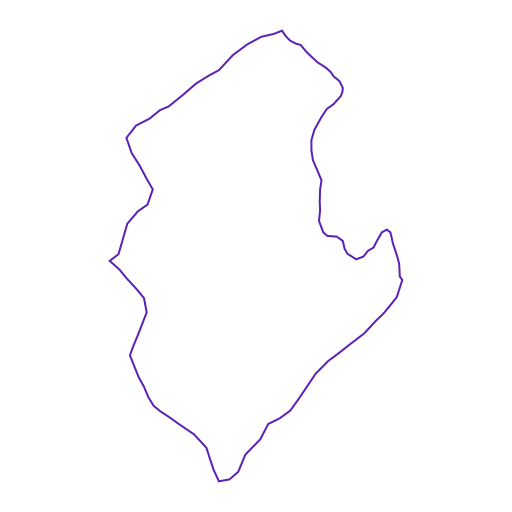 Galinoporni, Cyprus (Equal Earth projection)
{"feature_id": "46923920B55142884438741", "entity_name": "Galinoporni", "entity_type": "district", "adm_level": 2, "iso_a3": "CYP", "parent_name": "Cyprus", "parent_adm1": "", "projection": "equal_earth", "projection_center": [34.316, 35.528], "detail": "fine", "context": "isolated", "style": "outline", "palette": "violet", "viewbox_px": 512, "rotation_deg": 0, "n_neighbors": 0, "source": "geoboundaries", "source_scale": "gbopen_adm2", "svg_char_len": 1437}
<svg xmlns="http://www.w3.org/2000/svg" viewBox="0 0 512 512"><path d="M109.7,260.9L119.4,269.5L126.4,278.1L136.1,288.6L144.0,298.1L146.7,312.4L137.8,335.3L133.4,345.8L129.9,355.3L138.7,377.3L144.0,386.8L148.4,397.3L153.7,405.9L160.7,411.6L169.5,417.3L177.5,423.1L194.2,434.5L206.5,447.9L210.1,459.3L213.6,469.8L218.9,481.3L229.5,479.4L238.3,471.7L245.3,454.6L260.3,439.3L268.2,424.0L279.7,418.3L290.2,410.7L299.1,398.3L315.8,373.5L328.1,361.1L339.6,352.5L349.3,344.8L364.2,333.4L375.7,321.0L383.6,313.4L390.7,304.8L396.8,297.1L402.3,280.0L399.8,276.5L399.4,267.9L399.1,263.6L396.9,255.4L395.5,251.1L393.0,243.7L391.5,237.0L390.4,232.4L386.8,229.6L381.8,232.4L376.7,241.3L373.5,247.6L368.1,250.7L363.4,256.6L356.2,259.3L347.5,253.8L344.6,248.8L342.8,240.9L336.7,236.6L327.3,235.9L323.3,232.4L319.0,221.0L320.1,210.1L319.7,201.9L320.1,189.4L321.5,180.4L318.3,172.6L312.9,160.1L311.4,150.3L311.4,140.2L314.3,130.0L317.9,123.4L321.9,116.4L326.9,108.9L333.4,104.3L340.6,96.4L342.4,92.1L342.8,87.9L339.5,81.2L333.4,76.1L330.9,72.2L326.2,67.9L317.2,62.1L306.4,51.9L300.6,44.9L295.9,43.7L290.1,40.6L286.2,36.7L282.0,30.7L273.5,34.0L261.2,36.8L247.1,44.5L233.0,55.0L218.9,70.2L208.3,75.9L196.0,83.6L182.8,95.0L168.7,106.4L159.9,110.2L149.3,118.8L136.1,125.5L126.4,137.9L131.7,153.1L139.6,165.5L146.7,178.9L152.8,189.4L147.5,204.6L137.9,211.3L127.3,223.7L122.9,239.0L118.5,254.2L109.7,260.9Z" fill="none" stroke="#5b21b6" stroke-width="2"/></svg>